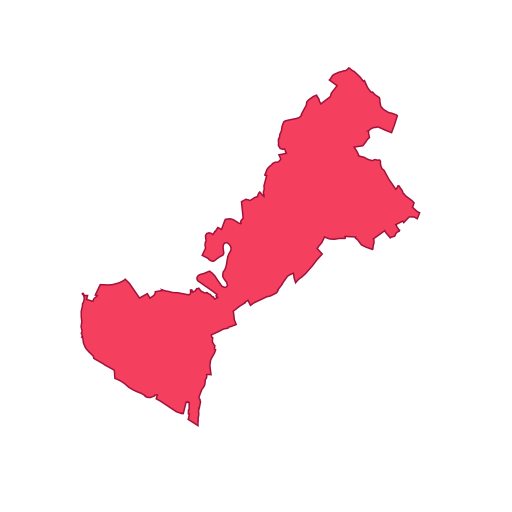 the district of Ogra, Mures, Romania, rotated 239°
{"feature_id": "2599482B93803341690791", "entity_name": "Ogra", "entity_type": "district", "adm_level": 2, "iso_a3": "ROU", "parent_name": "Romania", "parent_adm1": "Mures", "projection": "natural_earth1", "projection_center": [24.323, 46.44], "detail": "fine", "context": "isolated", "style": "filled", "palette": "rose", "viewbox_px": 512, "rotation_deg": 239, "n_neighbors": 0, "source": "geoboundaries", "source_scale": "gbopen_adm2", "svg_char_len": 6111}
<svg xmlns="http://www.w3.org/2000/svg" viewBox="0 0 512 512"><g transform="rotate(239 256 256)"><path d="M311.8,442.9L316.4,440.6L317.8,440.5L319.8,440.0L324.0,441.5L326.9,443.0L328.3,443.3L332.8,441.1L336.6,440.3L336.9,439.2L339.6,438.6L343.3,438.4L350.5,439.3L350.4,438.0L355.6,437.4L361.2,435.9L363.9,435.1L364.7,434.4L367.6,433.2L368.6,433.1L369.5,432.2L369.2,431.6L368.7,429.3L368.8,428.1L369.8,425.8L370.0,424.3L370.8,422.0L371.5,416.3L371.3,414.5L369.4,410.8L369.1,409.5L360.2,413.2L356.9,404.8L356.4,403.9L355.1,402.8L354.4,401.8L354.2,400.8L353.0,389.9L356.6,390.1L357.7,390.7L362.7,390.7L363.2,387.4L362.8,381.8L361.9,378.8L359.8,377.2L358.5,375.5L357.7,373.9L354.5,368.6L353.7,367.5L353.2,367.5L352.6,365.5L352.5,364.2L353.1,361.3L356.1,352.9L356.8,350.4L356.6,348.7L353.6,345.0L350.6,342.6L349.2,340.9L348.1,339.2L345.2,336.9L345.1,336.1L344.7,335.5L344.4,335.5L343.6,334.7L340.5,333.1L339.2,332.1L335.7,332.1L333.6,333.9L333.4,335.0L333.1,335.7L331.5,335.5L331.1,335.2L328.5,335.0L329.7,330.9L331.0,327.8L326.5,327.2L325.9,326.6L325.1,323.3L326.5,320.8L326.8,317.7L326.1,316.6L325.9,314.3L325.2,311.5L324.4,309.8L320.8,305.2L320.0,305.8L319.9,306.5L319.5,306.6L312.2,299.1L309.4,297.6L308.4,296.9L307.2,295.4L306.2,294.8L304.0,294.2L303.0,293.5L305.0,292.9L308.9,292.2L308.8,291.6L308.0,290.0L306.2,287.9L306.8,285.0L306.6,280.6L306.8,279.2L308.4,278.1L309.2,276.9L309.8,276.7L310.0,271.5L294.9,264.4L294.4,262.3L293.9,261.2L293.0,260.4L291.5,260.0L291.5,259.6L292.7,258.4L298.4,255.5L299.5,254.7L301.4,252.8L303.2,248.7L302.6,247.6L296.5,240.1L300.1,238.0L298.0,233.8L298.3,233.6L296.6,230.1L298.5,229.3L300.2,227.5L300.4,226.0L300.7,225.6L299.7,223.4L298.6,222.7L294.6,221.0L293.9,219.7L291.8,218.0L288.7,216.8L284.3,210.2L279.0,213.5L276.9,214.0L274.7,215.2L273.8,216.2L273.3,217.4L274.0,223.5L273.8,228.2L274.9,229.8L279.5,231.8L281.6,233.0L283.0,234.9L283.2,235.7L282.6,237.6L281.7,238.4L280.0,239.0L277.8,239.2L275.8,238.8L274.8,238.2L273.5,236.9L271.6,233.6L270.0,231.5L262.5,225.0L260.2,222.1L259.3,219.8L257.1,217.8L255.3,216.9L252.8,216.8L248.9,217.2L247.6,217.0L245.8,216.5L245.3,216.0L244.7,214.5L244.7,214.0L245.6,212.7L247.2,211.5L248.0,211.2L255.4,210.6L260.0,210.5L263.6,209.7L266.8,208.5L267.0,208.1L267.9,202.1L268.8,199.2L269.0,197.7L269.0,196.8L268.8,195.9L268.0,194.4L266.5,193.5L264.8,193.3L247.8,200.9L243.1,202.7L242.4,201.2L241.4,201.2L240.3,201.8L240.3,200.0L240.3,198.5L243.3,198.2L243.7,197.5L246.5,197.0L248.7,195.5L249.5,195.5L250.1,194.8L250.1,194.2L250.4,193.4L250.8,193.2L251.3,192.4L252.5,192.0L253.0,191.4L253.9,191.2L254.4,190.7L257.9,190.4L258.0,189.1L258.6,188.4L257.3,185.9L257.7,184.6L257.6,183.4L257.9,182.8L259.8,183.6L260.1,183.4L260.6,182.3L258.3,181.1L257.6,180.4L257.4,180.1L257.3,178.4L264.8,170.0L267.6,165.7L271.4,162.1L271.7,161.3L275.7,157.8L274.7,157.8L277.3,151.3L276.0,150.4L275.1,149.1L274.6,146.5L274.6,143.4L279.7,143.5L280.0,134.5L297.8,133.4L303.5,131.9L303.1,130.1L303.5,124.9L305.3,118.4L307.5,114.0L311.7,107.8L305.3,98.1L303.8,99.5L303.5,99.0L302.9,95.2L302.5,94.4L301.1,92.9L306.0,88.4L308.9,91.3L309.8,89.7L311.1,88.3L312.8,88.7L313.2,88.5L313.0,87.6L311.9,87.9L309.7,87.6L308.4,87.1L306.5,85.7L305.2,84.2L304.5,82.8L302.2,81.2L298.6,77.7L293.9,74.9L289.5,72.9L285.4,69.6L281.3,68.3L280.6,67.7L279.9,66.5L276.4,65.9L276.4,65.0L276.2,64.7L275.2,65.2L274.6,65.2L270.4,63.3L265.7,62.6L263.6,62.7L259.9,63.4L254.4,64.9L252.4,64.6L251.8,64.2L242.0,69.7L240.8,70.1L231.1,75.7L223.7,72.0L222.0,73.4L218.3,75.8L214.2,77.7L209.0,79.3L205.4,81.2L201.5,83.7L197.1,87.1L193.4,89.0L193.1,88.7L192.2,89.0L190.8,90.1L189.1,92.5L188.3,97.0L188.9,97.8L187.7,99.9L185.0,96.9L181.1,99.2L163.6,107.5L159.1,111.2L159.5,111.7L158.4,112.5L166.8,120.9L165.6,122.1L166.1,122.6L164.6,123.3L163.6,122.5L159.1,119.8L158.8,118.9L156.9,117.6L155.4,116.7L154.8,117.4L152.2,115.1L150.9,113.7L140.5,118.9L142.8,120.2L144.8,121.8L146.0,122.3L149.3,125.1L151.5,126.4L152.5,126.7L153.6,127.9L155.2,128.5L155.3,128.7L154.9,129.1L159.3,133.1L159.9,133.5L161.3,133.7L161.7,134.1L163.5,133.9L164.9,135.0L169.5,140.9L171.1,144.5L171.8,145.5L174.0,147.4L175.5,148.3L176.4,149.5L177.0,150.8L178.2,151.8L179.8,152.6L178.4,155.0L177.4,156.3L185.8,160.0L189.9,163.3L191.1,164.9L194.4,170.7L196.4,173.1L197.7,172.5L200.4,174.6L201.6,174.3L205.0,174.4L208.2,176.8L209.2,176.3L211.4,177.1L210.5,184.8L210.1,191.0L209.4,192.4L208.7,194.7L208.6,195.4L209.1,196.3L208.2,198.9L208.2,200.2L207.5,202.9L207.5,203.8L211.2,204.3L213.0,204.8L218.6,207.4L220.4,208.0L221.4,216.4L221.5,222.6L222.0,222.7L222.2,226.3L216.5,225.8L216.9,229.5L216.5,234.1L215.5,244.2L214.3,247.9L213.8,254.3L214.3,255.7L215.6,257.8L215.9,257.7L218.1,263.4L218.6,264.4L218.8,264.3L222.4,272.5L222.5,275.3L222.0,279.2L217.0,277.2L212.7,276.2L213.7,279.1L214.3,282.0L214.3,283.7L215.3,289.1L218.5,299.2L221.1,305.6L223.6,313.8L231.0,312.3L231.4,313.6L231.9,314.3L233.5,319.1L237.0,324.5L233.3,327.3L231.8,329.1L229.9,332.0L228.2,336.3L225.2,341.4L226.1,342.2L226.9,342.4L221.0,351.2L220.1,350.5L217.3,351.5L211.2,352.1L207.0,354.8L201.6,359.2L201.7,359.7L204.5,361.7L206.1,363.6L209.1,365.4L210.2,365.4L211.4,379.3L209.3,379.3L202.4,380.4L202.5,381.4L201.6,384.7L201.8,385.6L203.2,387.4L203.7,389.1L203.6,390.3L203.8,390.7L203.5,391.6L203.8,392.1L204.2,392.4L205.2,391.9L206.0,392.0L207.5,391.8L210.2,392.0L210.9,391.9L210.3,399.7L208.5,399.8L210.6,407.3L210.1,408.4L207.9,411.7L204.9,413.4L208.8,418.6L211.0,417.1L217.1,415.3L220.2,418.9L223.2,418.2L230.5,415.2L233.0,414.9L233.8,414.4L236.5,415.0L242.7,414.6L243.0,413.7L241.9,412.2L241.2,410.2L253.5,409.4L263.4,409.9L266.0,409.0L269.4,409.5L269.9,409.9L271.5,410.4L272.6,411.3L274.1,411.5L274.7,411.3L275.5,409.5L277.1,408.0L277.6,406.8L277.6,405.4L278.0,404.7L280.0,402.7L282.3,400.9L284.7,399.7L289.0,395.5L289.6,396.0L294.1,396.4L298.8,396.2L295.5,404.3L296.8,407.9L298.6,411.7L299.0,414.2L302.7,415.5L305.1,416.8L305.5,416.4L305.4,417.9L305.8,419.3L305.8,421.1L305.3,423.5L304.8,424.3L303.7,427.2L297.4,431.5L291.9,435.7L296.9,442.0L303.4,449.4L304.5,449.1L308.5,445.9L309.8,444.4L311.8,442.9Z" fill="#f43f5e" stroke="#9f1239" stroke-width="1.5"/></g></svg>